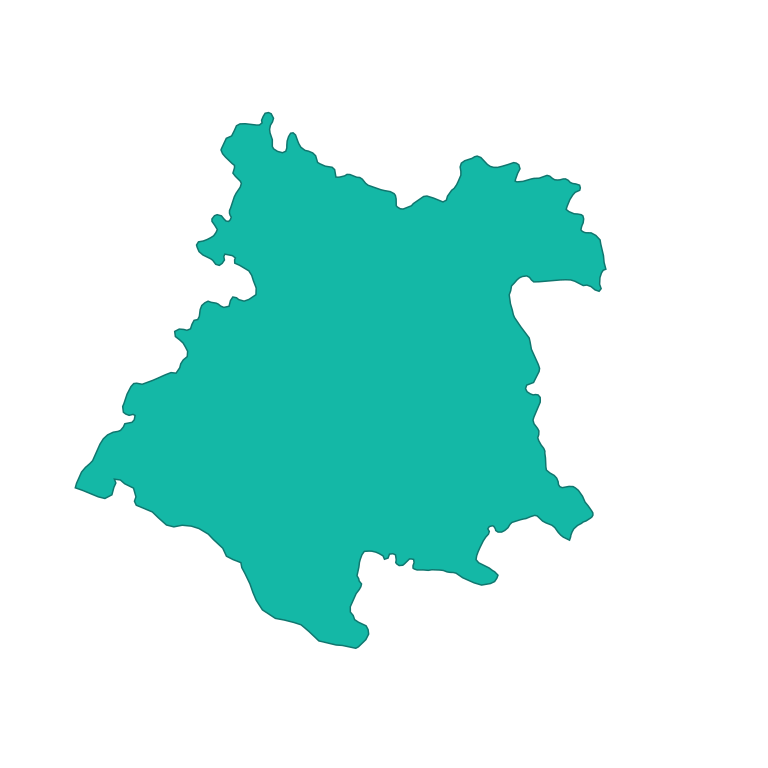 Pinsk, Brest, Belarus (Mercator projection), rotated 24°
{"feature_id": "67162791B61405599198646", "entity_name": "Pinsk", "entity_type": "district", "adm_level": 2, "iso_a3": "BLR", "parent_name": "Belarus", "parent_adm1": "Brest", "projection": "mercator", "projection_center": [26.193, 52.204], "detail": "fine", "context": "isolated", "style": "filled", "palette": "teal", "viewbox_px": 768, "rotation_deg": 24, "n_neighbors": 0, "source": "geoboundaries", "source_scale": "gbopen_adm2", "svg_char_len": 6170}
<svg xmlns="http://www.w3.org/2000/svg" viewBox="0 0 768 768"><g transform="rotate(24 384 384)"><path d="M617.0,451.2L616.7,447.9L616.2,446.1L616.0,442.7L616.3,439.1L618.4,434.4L621.0,431.1L622.2,428.9L624.3,426.9L627.2,422.5L628.0,420.9L628.2,418.8L627.2,416.8L625.1,415.3L620.1,412.3L615.7,410.1L611.0,405.8L604.8,402.1L601.1,401.1L598.5,400.8L594.7,402.3L589.0,406.2L586.4,406.3L584.3,404.9L582.8,402.4L580.1,399.8L576.7,398.3L571.8,397.8L567.4,396.6L565.6,393.9L561.6,385.9L559.0,381.7L558.3,379.9L556.2,377.9L552.2,375.7L548.6,373.0L546.3,370.6L546.0,367.4L544.6,363.9L542.3,362.1L537.2,359.3L534.8,356.4L534.4,353.2L534.1,337.1L533.3,335.1L532.1,332.7L529.2,331.3L526.7,332.0L524.7,333.3L521.7,333.5L517.9,332.9L515.2,330.7L514.8,327.0L520.0,321.8L520.6,309.5L519.8,306.5L517.0,303.4L504.5,292.3L500.3,286.1L497.9,282.9L485.5,276.0L476.2,270.2L474.0,268.1L471.0,264.1L466.9,259.3L462.1,251.6L461.8,247.3L460.6,242.5L461.9,239.0L463.2,234.7L464.6,231.8L466.7,229.5L470.4,227.2L473.6,227.4L476.4,229.0L479.3,229.8L484.3,227.4L502.6,217.3L507.7,214.8L512.2,213.0L516.5,212.5L526.0,213.0L529.1,211.1L533.5,210.8L538.5,212.2L542.8,211.8L543.6,208.6L540.4,205.2L538.0,199.0L537.5,194.0L538.0,190.9L540.0,188.9L535.6,183.4L532.3,177.5L525.1,168.0L522.8,164.5L517.1,162.1L511.8,161.7L507.0,163.7L505.4,164.0L503.1,163.9L501.2,163.1L500.7,160.9L500.4,158.7L500.4,155.8L499.3,152.0L497.3,149.5L495.3,149.1L491.6,150.0L488.4,151.2L482.8,151.3L479.4,150.4L479.0,147.1L478.8,139.9L479.6,134.5L480.7,131.1L484.0,127.4L483.6,125.0L481.8,122.8L477.9,123.2L474.8,124.1L472.1,124.1L469.5,123.0L466.4,122.8L464.3,123.8L461.6,126.0L459.5,127.1L456.9,128.0L454.3,127.7L450.9,126.7L448.1,127.1L442.0,132.9L437.3,135.2L435.1,136.8L428.5,142.4L423.2,145.3L421.3,145.3L420.9,143.6L420.4,137.1L420.7,132.1L418.0,128.9L415.0,128.4L412.4,129.0L408.1,133.0L403.3,137.1L399.7,139.9L396.0,141.5L392.5,142.0L389.2,141.4L380.4,137.7L376.4,137.9L374.3,139.6L372.7,142.0L367.0,147.1L364.8,150.8L365.3,154.8L367.8,158.6L369.3,162.0L369.4,168.8L369.3,172.5L368.5,176.8L367.0,179.5L365.6,186.6L366.2,190.7L363.8,193.7L353.6,194.0L346.8,194.8L343.9,196.6L337.4,207.3L336.6,210.0L330.3,216.4L327.6,217.3L324.3,216.9L322.7,216.2L319.8,210.0L317.7,207.1L315.8,206.0L311.5,205.7L305.8,207.1L302.1,207.8L288.6,208.9L285.5,208.1L280.9,205.7L277.9,205.2L275.0,206.2L267.7,206.5L264.9,207.6L263.5,209.8L259.5,212.9L257.9,213.8L255.9,214.5L251.7,208.2L248.5,207.1L241.7,208.9L235.8,208.9L233.2,208.6L228.7,203.3L224.9,201.9L220.3,202.0L216.8,202.7L211.7,201.5L208.5,199.2L206.6,197.4L201.9,192.5L198.8,191.5L196.7,192.9L196.2,196.8L196.7,201.4L198.0,205.1L199.2,207.9L199.6,211.3L197.2,214.0L192.1,214.8L187.6,214.1L185.4,212.5L182.6,206.2L177.7,200.9L175.9,197.9L175.0,193.9L175.5,189.9L175.0,186.2L171.0,183.0L168.1,183.0L165.3,185.0L164.8,188.6L164.9,192.9L166.4,195.0L164.9,198.0L162.5,199.2L151.3,202.7L146.6,205.0L144.2,208.1L144.2,213.6L143.9,219.4L140.0,223.7L139.8,234.8L139.9,236.5L142.9,239.3L146.9,241.2L155.7,244.4L158.5,245.1L159.5,247.4L160.2,252.8L163.7,254.7L170.3,257.2L172.1,258.8L172.6,262.7L171.3,269.9L171.1,273.9L172.3,285.8L172.3,288.2L173.3,290.7L174.9,292.5L176.6,293.7L176.8,296.4L175.9,298.7L173.4,299.4L170.4,298.2L167.1,296.5L162.7,297.2L160.7,299.2L159.7,303.2L160.7,305.4L164.9,307.9L168.9,310.7L168.9,313.9L168.1,317.9L166.1,320.9L163.7,323.9L160.7,326.9L156.7,329.6L156.2,333.3L157.9,335.3L161.2,338.3L166.1,339.8L174.6,340.1L177.1,340.6L181.6,343.1L185.3,342.6L187.1,339.6L187.8,335.6L185.8,332.8L185.8,330.1L193.3,328.4L197.0,329.3L197.0,331.3L198.5,334.3L203.8,334.3L214.5,335.6L219.0,338.6L222.7,342.8L228.2,348.3L230.7,354.5L226.2,361.7L222.5,365.2L217.0,366.0L214.2,365.2L210.5,366.0L209.8,370.2L210.8,376.0L206.5,379.2L203.0,379.2L200.0,378.4L197.8,378.4L192.8,379.7L189.6,379.9L187.3,382.7L185.6,386.4L185.8,390.7L187.8,397.4L187.6,400.9L184.6,403.1L184.3,407.6L184.8,412.3L182.1,415.1L178.9,415.6L174.6,417.1L171.4,421.1L174.1,425.5L179.4,426.8L183.8,428.3L187.3,430.8L191.3,434.0L193.1,439.0L190.8,443.7L190.1,448.2L190.8,452.2L189.6,458.7L184.8,460.2L180.6,464.4L171.4,474.6L163.2,482.6L157.7,483.9L155.2,485.4L153.9,489.3L153.4,497.8L154.4,508.0L154.4,510.8L157.4,515.8L160.2,516.5L163.9,516.3L167.1,513.8L169.4,514.0L170.4,518.3L169.4,521.5L163.4,525.7L163.4,529.2L162.2,533.5L160.4,535.4L156.2,538.2L152.2,542.9L149.9,548.2L149.0,554.4L149.0,572.6L147.7,576.3L145.2,581.6L143.5,587.5L143.5,599.7L144.2,604.4L151.5,603.8L168.9,603.3L175.6,602.1L180.5,595.9L179.3,588.4L179.3,583.5L176.4,580.6L182.2,578.9L187.6,580.6L197.5,581.0L203.3,588.0L203.7,592.6L207.0,595.5L224.4,595.1L232.3,598.0L242.6,601.3L250.1,600.0L257.1,595.1L265.8,592.2L273.7,591.3L284.5,592.6L291.5,595.5L303.5,599.6L310.1,605.4L317.6,605.8L325.9,605.4L328.8,609.6L334.1,613.7L342.8,621.1L349.1,627.8L355.3,633.6L364.8,639.8L380.1,642.3L388.8,640.2L398.7,638.5L406.2,637.7L416.1,640.6L429.0,645.2L446.4,641.9L452.2,639.8L465.7,636.9L467.5,634.6L471.4,624.9L471.7,618.7L469.4,614.9L466.0,612.2L457.5,612.0L453.0,611.2L450.0,608.0L446.0,606.0L443.8,601.2L443.8,586.8L445.0,581.8L445.3,578.6L444.8,575.8L441.5,574.1L440.0,572.1L437.3,570.1L435.5,561.4L434.1,556.9L433.6,553.6L433.3,548.9L434.1,544.9L438.3,542.7L440.8,541.7L445.0,540.9L448.5,540.9L453.0,541.4L455.7,543.9L458.5,541.4L458.2,537.2L461.2,535.4L464.0,535.4L466.7,539.7L467.4,542.4L468.9,543.2L471.7,543.7L474.9,541.9L475.9,539.9L478.4,533.5L480.2,532.7L482.4,532.2L484.1,534.9L484.4,538.2L485.4,540.4L486.9,540.7L489.9,540.4L495.4,537.9L500.3,536.2L503.3,534.2L510.8,531.2L514.0,530.2L518.0,530.0L521.0,529.2L524.0,528.0L526.8,527.5L534.7,529.0L547.2,529.0L554.9,528.0L562.4,523.0L565.4,519.5L566.1,515.5L565.9,512.3L561.4,510.5L559.2,510.3L554.9,509.3L543.2,508.8L539.5,507.0L538.5,503.1L538.2,499.1L538.2,494.1L538.5,486.9L539.2,482.6L540.5,478.6L540.2,475.9L537.7,474.1L538.2,471.4L540.7,469.4L542.2,469.4L544.5,470.9L545.7,472.4L548.4,472.9L551.7,471.4L553.9,468.7L555.7,464.9L556.2,460.9L557.2,458.4L563.6,452.7L566.4,450.5L568.4,449.2L571.9,445.5L575.1,442.7L577.6,442.2L584.6,444.7L588.3,445.0L594.8,444.7L598.5,445.7L603.5,448.7L607.0,450.2L610.2,451.0L617.0,451.2Z" fill="#14b8a6" stroke="#0f766e" stroke-width="1.5"/></g></svg>